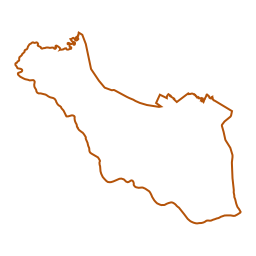 the district of Islas del Ibicuy, Entre Ríos, Argentina
{"feature_id": "61730980B51981995924731", "entity_name": "Islas del Ibicuy", "entity_type": "district", "adm_level": 2, "iso_a3": "ARG", "parent_name": "Argentina", "parent_adm1": "Entre Ríos", "projection": "orthographic", "projection_center": [-58.964, -33.597], "detail": "fine", "context": "isolated", "style": "outline", "palette": "amber", "viewbox_px": 256, "rotation_deg": 0, "n_neighbors": 0, "source": "geoboundaries", "source_scale": "gbopen_adm2", "svg_char_len": 5502}
<svg xmlns="http://www.w3.org/2000/svg" viewBox="0 0 256 256"><path d="M78.7,32.6L78.6,32.9L78.6,33.9L78.4,35.0L78.1,35.0L77.9,35.3L78.2,35.6L78.1,36.1L77.3,36.8L76.5,37.0L76.0,37.4L75.6,38.0L75.8,38.3L76.1,38.3L76.6,37.9L76.8,37.5L77.0,37.3L77.8,37.7L78.0,38.0L78.3,39.0L77.3,40.1L76.4,40.5L75.5,40.2L74.9,39.7L74.3,38.6L73.7,38.1L73.3,37.9L72.6,38.1L71.8,38.8L70.5,39.1L71.4,40.5L71.9,41.1L72.6,41.6L73.7,42.1L74.5,42.2L74.9,42.7L75.0,43.0L75.0,43.8L74.6,44.6L74.0,44.8L73.6,44.6L73.2,43.4L73.0,43.1L72.8,43.1L71.8,43.9L71.1,44.1L68.9,43.0L68.2,42.9L67.7,43.2L67.6,43.9L67.9,44.2L68.2,44.2L68.4,44.0L68.4,43.7L68.7,43.4L69.2,43.5L69.4,43.7L69.5,44.0L69.6,46.5L69.7,46.8L70.8,47.1L71.2,47.4L71.3,47.7L71.2,48.3L70.8,48.9L69.7,48.9L68.6,49.5L67.4,49.6L66.9,49.5L66.3,49.0L66.0,48.3L64.7,48.5L63.2,49.4L62.3,49.5L61.8,49.7L60.9,49.7L60.6,49.5L60.1,49.7L60.3,49.4L60.1,49.1L59.9,48.1L59.7,47.8L58.2,46.6L56.7,45.7L56.3,45.6L55.8,45.8L55.5,46.2L55.5,46.6L56.1,47.1L56.0,47.7L55.8,48.3L55.2,48.8L54.4,48.7L54.1,48.4L53.8,47.9L52.9,47.6L51.8,47.6L49.9,47.9L48.5,47.6L47.1,47.5L46.1,47.6L45.0,48.0L43.3,48.2L42.2,48.6L41.6,48.5L41.0,48.0L40.9,47.4L40.5,47.0L38.0,45.8L37.7,45.2L38.1,44.0L37.8,43.3L37.1,42.6L36.5,42.4L34.8,42.9L34.2,42.9L33.4,42.5L32.9,42.4L32.3,42.5L31.0,43.5L29.5,44.3L28.0,46.5L27.4,48.4L27.0,49.0L26.6,49.4L25.4,49.8L24.8,50.3L24.6,50.7L24.6,51.7L24.4,52.0L23.1,53.3L22.2,54.1L21.7,55.3L19.6,57.1L19.4,57.3L19.2,58.5L19.2,60.1L19.1,60.4L18.7,60.9L17.5,61.5L17.1,62.5L16.7,62.8L15.7,63.2L15.4,63.8L15.4,64.9L16.8,66.8L17.5,68.2L18.0,68.4L20.6,68.8L21.6,69.3L22.1,69.9L22.2,70.7L21.8,71.4L21.1,71.9L18.3,72.9L18.0,73.3L17.9,73.6L18.0,74.4L18.2,74.8L20.2,76.7L23.6,78.5L25.2,79.2L28.0,79.8L29.7,80.4L33.1,80.1L33.7,80.3L34.2,80.8L34.6,81.4L34.7,81.9L34.4,83.7L34.2,84.8L34.4,86.6L34.7,87.4L36.1,89.7L36.5,91.6L37.4,92.8L38.7,93.4L40.7,93.4L45.6,94.6L47.1,95.5L47.9,96.1L48.9,96.7L50.2,97.3L53.1,98.0L54.4,98.7L55.0,99.3L55.6,100.2L56.1,101.2L56.3,102.0L57.5,104.1L58.6,105.3L59.8,106.0L60.9,106.9L61.1,107.2L61.2,107.7L61.8,108.6L63.5,110.5L65.1,113.7L65.7,115.0L65.8,115.1L65.9,115.5L66.1,115.6L66.2,116.0L66.5,116.4L68.1,116.4L71.5,115.4L72.8,115.4L73.3,115.6L74.1,116.0L74.5,116.5L74.7,117.1L74.5,118.0L74.8,120.3L75.1,121.4L75.7,122.8L76.5,124.2L76.7,125.0L76.8,125.1L76.9,126.4L77.1,126.9L77.6,127.8L77.8,127.8L77.8,128.2L78.6,129.4L79.3,130.2L82.0,132.3L82.4,132.5L82.5,132.5L83.7,133.9L84.7,135.4L85.3,136.4L85.5,136.8L85.8,137.2L85.8,137.8L85.7,138.4L85.8,138.6L85.9,139.1L87.6,143.0L87.6,143.3L88.2,145.8L89.2,148.2L89.4,150.9L89.9,152.2L90.2,152.6L91.3,153.5L98.0,157.4L99.4,159.6L100.0,161.0L99.7,161.7L99.4,163.0L99.6,163.7L99.6,164.7L100.1,166.2L100.5,171.2L101.2,173.7L102.7,176.9L104.1,178.6L106.5,181.1L107.9,182.0L109.8,182.2L111.1,182.1L113.4,181.4L119.4,178.8L121.3,178.6L123.3,179.2L124.0,179.5L126.1,181.6L127.6,182.2L128.6,182.0L131.0,180.5L131.5,180.4L132.5,180.7L133.2,181.6L133.5,182.3L133.8,183.6L133.7,184.8L134.2,185.7L135.2,186.8L136.2,187.3L138.7,187.8L142.1,187.5L143.1,187.7L145.3,188.7L149.2,191.3L150.1,192.5L151.3,194.8L152.2,197.0L154.3,200.4L155.8,202.1L157.2,203.4L160.1,204.7L161.5,205.1L162.4,205.0L164.2,205.0L165.5,204.5L166.4,203.9L168.7,203.0L171.0,202.4L171.9,202.4L173.5,203.0L175.3,204.3L176.0,205.0L176.5,205.7L178.0,207.0L178.9,207.6L184.0,214.0L187.7,218.9L190.0,220.9L191.3,221.7L193.6,222.7L195.9,223.3L197.2,223.4L199.2,223.1L201.4,223.0L203.4,222.5L204.7,221.9L206.5,220.7L207.3,220.6L207.9,220.5L209.6,220.7L211.0,220.6L213.4,219.6L214.5,219.3L216.9,218.4L218.0,218.2L219.3,217.7L220.8,216.8L224.6,215.5L227.1,215.4L229.6,215.4L230.7,215.4L233.4,215.9L234.9,215.8L237.4,214.5L240.3,212.6L240.6,211.9L239.0,209.0L237.6,207.2L237.0,205.8L236.2,203.5L235.2,199.3L234.3,197.0L234.3,195.5L233.7,192.4L233.8,190.1L232.5,178.2L231.9,163.4L231.9,162.1L232.5,157.2L232.5,155.1L230.3,147.8L225.6,140.3L225.3,139.6L223.6,131.9L221.9,125.9L221.9,125.3L222.0,124.8L224.5,121.5L230.4,116.7L230.8,116.1L231.1,115.4L232.0,111.1L214.9,100.8L213.9,100.4L213.8,100.2L213.5,99.9L213.0,99.6L212.9,99.2L212.7,98.9L212.7,98.0L212.2,97.7L212.3,97.2L212.3,96.8L211.5,97.2L211.2,97.8L211.3,98.3L211.1,98.5L209.9,98.1L209.4,97.7L209.3,97.1L209.1,96.9L209.1,96.5L208.3,95.5L207.9,95.4L207.5,95.5L207.5,95.2L207.2,94.6L206.9,94.5L206.7,94.6L206.3,95.4L206.2,96.2L205.2,97.9L204.8,99.1L204.1,100.1L204.0,100.8L203.7,101.1L203.7,101.5L203.5,102.0L203.1,101.5L202.5,101.4L202.7,101.1L202.5,100.8L202.6,100.6L202.1,100.7L202.4,100.0L202.6,99.9L202.9,99.1L203.0,99.0L202.7,98.5L202.4,98.7L202.1,98.7L201.9,99.2L201.4,99.5L201.5,99.2L201.7,98.6L201.9,98.4L201.6,98.1L201.3,98.3L200.2,98.2L199.9,98.4L199.7,98.3L199.7,97.8L199.5,98.2L199.4,98.2L198.9,97.7L198.8,98.1L198.5,98.2L198.4,98.0L198.6,97.9L198.6,97.7L198.2,97.7L198.0,97.3L197.8,97.4L197.3,97.2L197.0,97.4L196.7,97.0L196.8,96.8L196.4,96.6L196.2,96.3L196.2,96.1L195.8,96.1L195.7,96.0L195.6,95.7L195.3,95.0L195.1,95.0L194.8,94.7L194.4,94.8L194.0,94.5L194.0,94.2L193.7,94.2L192.7,93.7L192.2,93.6L191.6,93.6L190.3,94.0L190.0,93.9L189.1,94.1L188.8,93.8L188.6,93.9L188.5,93.7L188.3,93.8L188.1,93.5L186.2,94.9L176.8,102.0L173.8,99.1L174.1,98.6L170.1,96.1L170.5,95.6L168.4,94.2L167.5,95.3L167.0,96.2L166.8,97.1L166.8,98.1L159.9,94.7L156.1,103.0L161.0,106.5L159.0,106.9L146.9,105.0L139.8,102.9L135.5,101.0L133.3,99.7L129.4,98.1L126.7,96.8L114.3,90.1L113.5,90.0L112.3,90.2L111.6,90.2L104.8,87.7L104.3,87.2L98.9,80.7L91.1,69.1L90.9,68.3L85.8,44.0L82.3,34.8L78.7,32.6Z" fill="none" stroke="#b45309" stroke-width="2"/></svg>